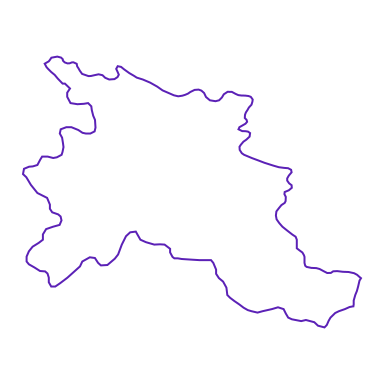 Kletsk, Minsk, Belarus (Equal Earth projection)
{"feature_id": "67162791B94687657655016", "entity_name": "Kletsk", "entity_type": "district", "adm_level": 2, "iso_a3": "BLR", "parent_name": "Belarus", "parent_adm1": "Minsk", "projection": "equal_earth", "projection_center": [26.695, 52.952], "detail": "fine", "context": "isolated", "style": "outline", "palette": "violet", "viewbox_px": 384, "rotation_deg": 0, "n_neighbors": 0, "source": "geoboundaries", "source_scale": "gbopen_adm2", "svg_char_len": 3490}
<svg xmlns="http://www.w3.org/2000/svg" viewBox="0 0 384 384"><path d="M353.4,306.3L353.7,304.4L353.7,300.5L355.3,294.9L356.9,291.0L358.1,286.6L359.5,280.6L361.0,278.2L359.2,276.7L357.1,274.8L354.1,273.2L348.6,272.0L343.0,271.8L337.2,271.1L333.2,271.3L330.9,272.9L327.2,273.0L323.5,271.1L319.6,269.0L316.3,268.1L311.4,267.9L306.6,266.9L305.2,265.7L304.5,262.9L304.5,259.7L304.5,256.9L304.0,255.3L302.4,252.5L299.8,250.6L296.8,248.3L296.8,242.8L296.8,239.7L295.6,236.7L292.4,234.6L287.0,230.4L282.4,226.7L279.2,223.0L276.6,219.3L275.9,215.5L276.4,211.4L279.1,207.9L281.4,205.1L284.7,202.9L285.6,201.1L285.8,196.9L284.4,194.1L284.7,192.0L288.8,190.3L291.8,187.8L291.6,185.2L289.1,183.3L287.2,180.6L287.2,178.4L288.8,175.6L291.6,172.3L291.1,169.8L288.1,168.2L284.2,167.9L278.8,167.2L273.3,165.6L264.5,162.8L258.2,160.4L252.0,158.1L244.1,154.8L241.8,153.2L239.7,149.9L239.5,146.8L240.8,144.8L243.4,141.7L246.4,139.6L249.6,136.6L250.1,133.1L248.0,131.6L245.5,131.2L242.2,131.1L238.5,129.3L239.4,127.2L241.5,126.0L245.5,123.7L247.1,121.8L246.6,119.9L244.8,118.0L245.0,114.8L245.9,112.4L247.5,110.0L248.9,107.5L251.5,104.7L252.4,101.7L252.7,99.5L250.9,97.0L250.7,96.8L248.4,96.0L245.1,95.6L241.3,95.5L238.3,95.1L235.6,93.9L231.9,91.9L227.6,91.8L223.8,94.3L221.9,97.5L219.1,100.3L215.5,101.2L209.9,100.3L206.0,97.0L204.1,93.0L201.4,90.6L198.6,89.6L194.6,89.9L190.3,92.0L188.0,93.6L185.2,94.8L182.3,95.7L178.2,96.3L173.9,95.3L162.6,90.4L157.2,86.6L150.1,82.6L142.8,79.5L136.7,77.6L134.1,75.9L129.3,73.1L123.9,69.2L121.1,66.9L117.7,66.2L116.2,68.9L117.7,72.1L118.8,74.7L117.5,77.1L114.5,79.1L109.2,79.5L105.2,77.8L102.5,75.2L98.6,74.3L94.4,75.2L90.9,76.0L88.5,76.1L82.1,73.9L79.8,70.7L78.4,68.2L77.2,66.4L76.7,63.8L73.4,62.3L71.9,62.4L69.6,63.3L67.5,63.4L64.7,62.4L62.9,60.6L62.8,59.3L61.1,57.6L57.3,56.6L51.4,57.7L49.6,60.3L48.7,61.4L45.7,63.1L44.7,63.7L46.5,67.1L48.1,68.9L51.2,72.0L54.7,74.9L57.7,78.5L62.6,83.6L64.9,83.6L70.0,88.5L67.2,92.7L67.2,96.8L70.5,103.1L77.4,104.2L83.9,103.8L88.1,103.1L91.3,106.3L91.8,110.1L93.2,115.7L95.0,119.9L95.5,127.6L94.6,131.4L90.4,133.5L85.7,133.5L82.5,132.8L78.3,130.0L71.4,127.2L66.3,127.2L60.7,129.3L59.8,133.5L62.1,137.7L63.0,143.3L63.5,147.1L62.5,152.0L61.6,154.8L56.9,157.3L53.2,158.0L47.7,156.6L42.1,156.6L40.2,159.7L37.4,165.0L32.8,166.4L29.1,166.7L24.0,168.8L23.0,174.1L26.3,177.2L30.9,184.9L37.4,193.0L47.1,197.9L49.9,204.6L49.9,208.8L52.2,212.3L58.2,214.4L60.6,216.5L61.5,220.4L59.6,224.9L53.1,226.7L46.1,229.1L42.9,234.4L42.9,239.7L38.7,242.9L32.6,246.7L28.9,251.3L26.6,256.6L26.6,261.5L28.9,264.3L34.5,267.5L40.0,271.0L45.1,271.4L47.5,273.5L48.7,277.3L48.8,277.7L48.8,282.3L51.2,286.5L55.3,286.5L60.0,283.3L67.4,277.7L80.0,266.4L82.3,261.5L89.8,257.3L94.9,258.0L98.1,262.9L100.9,265.4L107.4,265.0L114.8,258.7L118.1,254.5L121.8,244.6L126.0,236.2L130.2,232.3L135.8,231.6L137.6,234.8L140.4,239.7L146.0,242.2L154.3,244.6L159.9,244.3L164.6,244.6L170.1,248.8L170.1,252.4L172.5,256.9L174.3,258.3L177.6,258.3L181.7,259.0L192.4,259.7L198.9,260.1L205.9,260.1L211.0,260.1L213.3,262.9L216.1,269.6L216.1,273.8L218.9,278.1L223.1,281.6L226.4,287.6L226.8,290.7L227.3,295.0L230.1,297.8L234.3,301.0L239.4,304.5L243.6,307.7L247.8,310.1L251.5,311.2L257.5,312.6L262.6,311.2L271.9,309.1L278.0,307.3L283.6,309.1L285.9,313.7L288.2,317.6L291.9,319.3L301.2,321.1L305.9,320.0L314.3,322.2L318.0,325.7L324.5,327.4L326.8,325.0L328.7,320.7L330.5,317.6L335.2,313.0L338.9,311.2L344.9,309.1L349.6,307.0L353.3,306.3L353.4,306.3Z" fill="none" stroke="#5b21b6" stroke-width="2"/></svg>